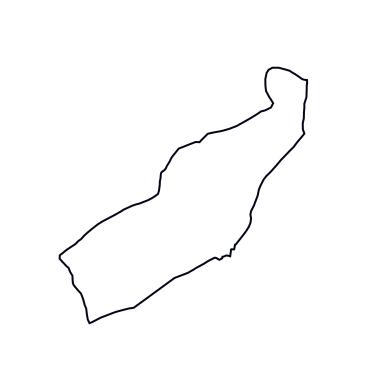 Akure North, Ondo, Nigeria (Equal Earth projection), rotated 249°
{"feature_id": "59680162B82334724733824", "entity_name": "Akure North", "entity_type": "district", "adm_level": 2, "iso_a3": "NGA", "parent_name": "Nigeria", "parent_adm1": "Ondo", "projection": "equal_earth", "projection_center": [5.321, 7.254], "detail": "fine", "context": "isolated", "style": "outline", "palette": "ink", "viewbox_px": 384, "rotation_deg": 249, "n_neighbors": 0, "source": "geoboundaries", "source_scale": "gbopen_adm2", "svg_char_len": 2537}
<svg xmlns="http://www.w3.org/2000/svg" viewBox="0 0 384 384"><g transform="rotate(249 192 192)"><path d="M118.9,193.2L119.3,196.4L120.6,197.2L120.4,198.2L120.4,198.9L120.4,199.6L120.5,200.7L120.4,201.2L120.2,201.8L119.8,202.4L119.5,203.0L118.9,203.8L118.3,204.6L121.2,206.2L123.6,207.5L124.2,207.7L124.4,208.1L124.1,208.8L123.4,210.8L124.3,211.4L125.4,212.1L125.9,212.4L126.2,212.5L126.5,212.7L126.9,213.0L127.4,213.3L127.3,213.9L127.4,214.2L129.5,217.7L130.8,219.9L133.3,224.1L136.0,228.4L139.2,232.7L142.4,235.6L146.2,237.7L150.0,238.4L153.2,240.5L157.0,244.8L165.1,252.0L170.5,255.5L174.2,259.1L178.0,263.4L180.2,267.0L182.3,272.0L186.7,280.6L189.9,286.3L192.6,292.1L195.3,297.8L197.5,302.8L200.7,307.9L203.4,312.9L206.3,317.9L208.8,317.9L210.5,317.9L212.6,318.6L216.4,320.0L220.7,322.8L226.1,325.0L230.4,327.1L234.1,328.5L239.5,332.8L246.0,335.6L249.7,337.0L252.4,338.5L255.3,339.5L256.2,337.6L257.8,335.4L261.0,333.3L264.2,331.1L267.9,328.2L270.1,326.7L272.8,323.2L274.4,321.0L277.0,317.4L279.2,311.6L278.6,307.3L276.5,304.4L271.1,300.9L265.1,298.7L259.8,297.3L253.3,298.1L249.6,298.9L245.8,299.6L242.6,296.0L242.0,289.6L242.5,285.2L241.4,280.9L239.9,272.9L237.6,257.4L237.6,257.2L237.6,250.0L237.6,249.4L238.1,243.5L238.6,239.9L239.6,234.8L240.2,231.2L240.7,227.6L238.5,222.6L236.9,219.0L235.8,216.9L237.4,213.2L237.4,206.8L237.3,200.3L237.3,195.2L231.9,185.9L230.8,184.5L228.7,182.3L226.5,179.5L225.4,178.0L223.3,175.9L222.2,173.8L221.7,171.6L221.1,170.2L219.6,169.2L216.7,167.8L215.7,167.3L213.6,165.9L210.3,164.5L207.7,163.1L205.0,161.6L202.3,159.5L201.2,155.2L201.1,154.6L200.8,153.3L200.6,152.3L200.1,148.0L200.1,143.0L200.0,139.4L200.6,133.6L200.5,129.3L200.1,123.3L200.0,121.4L199.4,119.2L198.3,112.0L197.8,107.7L197.2,102.6L196.7,98.3L195.6,92.6L194.5,89.0L193.4,85.4L191.7,80.4L190.1,76.1L187.9,71.8L186.9,68.2L185.2,64.6L184.1,59.5L183.0,54.5L181.8,50.8L181.4,49.7L181.1,48.8L181.0,48.2L180.7,47.2L180.3,45.9L177.1,44.5L175.5,45.2L173.3,45.9L172.2,46.5L168.0,48.1L165.3,49.6L161.0,49.6L156.7,50.4L155.6,50.0L150.3,48.3L148.1,48.1L146.1,48.6L144.9,49.0L140.6,50.5L136.9,52.0L131.5,52.0L128.0,51.7L125.1,51.3L123.9,51.4L122.4,51.4L120.8,51.4L115.4,50.0L114.4,49.8L110.2,49.0L106.3,49.3L106.3,52.2L106.8,56.5L107.4,61.6L107.4,65.9L107.4,72.4L107.4,75.2L107.4,77.4L106.9,82.4L106.6,85.1L105.9,91.1L104.8,96.1L109.5,113.6L110.9,118.7L118.0,144.8L118.0,159.2L119.1,166.3L119.6,168.5L120.7,177.1L121.7,182.0L122.1,185.1L122.5,189.7L121.8,190.9L119.7,192.6L118.9,193.2Z" fill="none" stroke="#020617" stroke-width="2"/></g></svg>